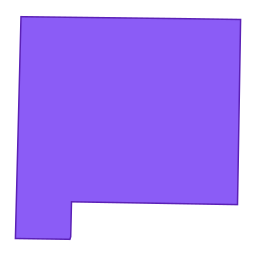 Shelby, Missouri, United States of America
{"feature_id": "52423323B55967272276048", "entity_name": "Shelby", "entity_type": "district", "adm_level": 2, "iso_a3": "USA", "parent_name": "United States of America", "parent_adm1": "Missouri", "projection": "mercator", "projection_center": [-92.119, 39.778], "detail": "fine", "context": "isolated", "style": "filled", "palette": "violet", "viewbox_px": 256, "rotation_deg": 0, "n_neighbors": 0, "source": "geoboundaries", "source_scale": "gbopen_adm2", "svg_char_len": 230}
<svg xmlns="http://www.w3.org/2000/svg" viewBox="0 0 256 256"><path d="M21.0,16.7L15.4,238.5L69.9,239.3L70.7,236.7L71.5,201.8L237.5,204.6L240.6,19.5L185.5,18.7L21.0,16.7Z" fill="#8b5cf6" stroke="#5b21b6" stroke-width="1.5"/></svg>